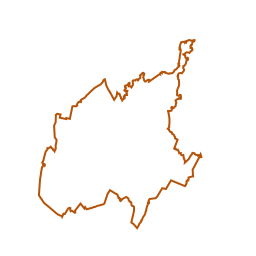 Rušonas pag., Riebinu, Latvia, rotated 281°
{"feature_id": "27541924B29879991166878", "entity_name": "Rušonas pag.", "entity_type": "district", "adm_level": 2, "iso_a3": "LVA", "parent_name": "Latvia", "parent_adm1": "Riebinu", "projection": "robinson", "projection_center": [26.972, 56.22], "detail": "fine", "context": "isolated", "style": "outline", "palette": "amber", "viewbox_px": 256, "rotation_deg": 281, "n_neighbors": 0, "source": "geoboundaries", "source_scale": "gbopen_adm2", "svg_char_len": 5881}
<svg xmlns="http://www.w3.org/2000/svg" viewBox="0 0 256 256"><g transform="rotate(281 128 128)"><path d="M223.5,166.9L222.3,163.8L220.7,163.6L220.1,163.4L217.1,163.2L214.9,163.5L214.7,164.1L215.5,164.4L214.3,165.0L201.3,165.5L201.2,165.2L200.8,165.1L200.5,165.2L200.5,165.9L199.1,165.5L198.4,165.7L198.5,166.1L199.0,166.5L198.9,166.6L198.1,166.3L195.9,164.6L195.1,164.3L193.8,162.7L193.3,162.7L192.0,162.3L190.2,161.0L190.0,160.5L190.0,159.6L189.6,159.0L189.4,158.1L189.0,157.8L189.3,154.4L189.9,154.1L189.9,153.7L189.6,153.5L189.9,153.1L189.6,150.8L188.6,150.8L189.0,150.3L188.7,149.8L188.1,149.7L187.9,149.2L187.3,149.0L186.8,149.2L186.9,148.9L186.8,148.7L178.3,140.5L177.7,139.8L178.3,139.8L178.2,140.0L178.4,140.0L179.4,139.5L179.4,139.2L178.7,137.9L177.2,136.7L176.9,136.1L176.9,135.7L178.2,134.5L179.0,134.3L180.5,133.3L182.3,133.5L182.6,133.1L182.9,133.4L184.4,133.6L185.1,132.6L184.7,131.7L182.9,130.6L181.9,129.7L181.2,130.2L179.4,130.5L178.1,129.2L177.7,129.0L177.3,129.1L176.7,128.7L177.5,128.1L177.4,127.5L177.1,126.7L176.0,126.1L176.0,124.7L175.7,124.3L175.7,124.0L175.3,123.6L172.9,124.2L172.4,124.5L170.9,124.6L170.0,124.0L169.3,124.0L168.5,123.6L169.0,123.1L169.1,122.4L169.5,121.9L168.7,120.0L169.0,120.3L170.3,120.4L171.1,121.0L171.8,121.2L172.6,120.8L172.2,120.1L171.3,119.9L170.0,119.1L169.2,117.7L168.7,117.4L168.7,117.1L167.5,117.3L167.0,118.3L166.5,118.4L166.0,118.1L165.1,118.0L165.2,117.6L164.7,117.3L164.0,117.4L163.6,118.4L164.2,119.3L164.3,120.3L163.8,120.3L162.7,119.9L160.2,120.7L160.1,120.2L160.6,119.9L160.6,119.6L159.5,118.5L157.8,117.9L156.7,118.6L157.2,118.9L156.4,119.0L155.6,117.9L154.0,117.1L155.2,116.5L155.6,115.5L156.8,115.2L157.7,114.3L159.8,113.2L160.0,112.7L159.7,112.0L160.8,110.6L157.2,110.7L153.0,109.0L160.0,103.3L159.9,103.2L162.0,101.3L165.4,98.7L171.4,96.0L170.5,94.9L168.4,94.5L165.7,92.9L160.8,87.4L154.7,83.0L153.8,82.6L152.6,81.4L150.0,80.2L148.1,78.2L147.1,76.8L146.0,76.3L145.6,76.8L145.0,77.0L144.4,76.8L144.5,75.4L144.1,74.5L141.6,73.4L141.0,73.3L140.3,73.8L139.7,73.3L139.3,72.7L139.2,71.0L138.7,69.3L125.9,69.2L126.0,65.6L125.0,65.6L125.1,59.1L128.4,59.2L128.4,55.7L127.3,55.0L127.1,54.7L119.8,55.9L116.2,55.0L104.8,57.9L102.7,60.2L98.5,60.4L97.5,60.2L93.7,61.1L93.4,60.7L91.4,60.4L92.0,60.0L91.7,59.2L91.9,58.9L93.5,57.9L93.5,56.9L94.9,55.7L93.0,53.9L92.8,53.6L92.9,52.8L91.7,52.9L88.7,51.6L79.6,51.1L77.7,50.4L77.4,51.0L76.2,51.5L76.2,51.8L76.7,52.2L76.7,52.5L76.5,53.1L75.8,53.5L75.2,53.4L75.7,52.9L74.7,51.8L74.0,51.5L72.9,51.4L72.8,51.0L60.4,51.5L44.9,53.4L38.3,60.1L35.0,66.2L30.6,73.9L30.2,75.0L29.8,75.5L29.1,78.3L29.1,79.8L28.3,80.3L31.6,81.1L31.5,82.4L37.8,84.7L38.0,85.6L38.6,86.1L38.4,86.7L36.7,86.9L35.4,87.6L36.0,88.5L36.0,89.2L34.7,91.5L35.0,92.4L36.8,91.8L44.7,95.8L40.7,100.5L42.2,101.0L40.3,102.8L43.0,108.4L43.8,109.2L43.9,110.1L45.9,113.1L46.5,114.6L48.3,118.1L49.2,119.2L59.7,120.6L63.5,122.2L61.0,128.8L61.1,129.3L60.3,130.6L59.4,130.8L58.9,131.4L57.3,132.1L57.0,133.0L57.4,133.2L56.9,133.6L56.8,134.3L56.2,134.0L56.1,133.7L55.3,134.0L55.4,134.5L55.1,134.8L57.5,136.3L60.0,139.5L58.9,141.8L57.4,142.4L56.4,143.7L56.1,143.7L56.1,144.7L55.3,145.4L52.7,146.3L52.4,146.9L52.3,148.1L52.0,148.7L51.7,148.9L47.9,149.7L35.9,149.3L34.6,152.1L31.5,156.0L33.5,156.8L36.5,157.5L38.4,158.8L38.7,158.9L39.4,158.6L40.0,158.7L40.3,159.2L43.5,159.8L45.7,160.9L47.6,161.3L49.0,161.2L50.5,161.7L51.0,161.4L53.1,161.6L53.8,161.5L57.0,162.1L58.5,161.8L58.9,162.2L58.0,162.4L57.9,162.6L58.1,162.9L59.3,162.9L60.3,162.1L61.5,162.3L62.5,162.9L64.4,168.6L66.2,169.7L75.4,173.1L75.4,176.9L84.8,180.2L81.8,195.1L82.6,195.6L83.7,195.6L84.7,196.0L86.0,196.0L86.3,195.6L86.8,195.5L87.2,195.9L88.3,196.4L88.4,196.7L88.2,197.2L88.7,197.3L91.0,196.9L92.4,199.7L92.9,201.1L99.4,199.4L112.4,203.4L113.1,203.8L113.5,204.5L113.2,205.1L113.5,205.6L116.0,204.3L115.2,204.1L115.3,203.8L114.6,201.7L114.2,201.7L114.7,201.0L114.6,200.0L115.1,198.4L115.9,198.1L115.9,196.0L114.5,195.8L112.9,194.9L109.0,193.5L104.8,190.4L106.6,190.2L107.6,189.4L108.3,189.2L108.7,188.5L109.6,188.4L112.1,187.4L111.5,186.1L111.6,185.6L113.0,184.3L113.3,184.4L112.9,183.1L114.2,182.6L116.2,181.1L115.9,180.4L116.0,179.6L116.8,178.8L116.2,178.3L116.6,177.3L126.0,178.9L126.2,178.7L126.0,178.2L126.9,176.1L128.1,176.0L128.7,175.1L129.8,174.7L130.5,173.3L131.5,172.2L131.3,172.0L132.3,171.5L132.2,170.4L133.6,168.7L134.5,168.5L134.8,167.2L136.9,168.3L138.2,167.9L140.5,167.8L145.6,166.8L149.6,165.2L150.2,165.2L151.6,164.3L152.4,164.1L152.7,165.9L153.3,167.3L153.6,167.5L155.2,167.4L156.0,166.6L156.9,166.8L157.1,167.3L156.8,167.8L156.1,168.1L156.0,168.5L156.8,169.3L158.9,170.6L160.4,170.4L161.4,170.4L161.7,170.6L162.5,170.5L163.7,169.4L164.2,169.4L165.8,171.1L166.3,172.3L166.6,172.6L167.4,172.6L166.8,173.6L166.7,174.2L167.5,174.3L169.3,173.9L170.4,173.4L170.5,172.7L169.5,171.8L169.3,170.8L169.6,170.0L170.1,169.7L172.0,169.6L173.7,169.0L177.0,169.4L178.3,169.9L181.2,169.8L185.0,168.7L185.5,168.3L185.7,167.8L188.2,167.4L188.1,166.8L188.3,166.7L189.1,167.1L190.1,166.9L191.0,167.3L191.6,168.0L192.0,169.2L192.0,170.4L194.6,171.8L195.8,172.0L196.5,171.6L197.2,170.8L199.4,170.5L199.6,170.8L199.6,171.2L200.5,171.7L201.0,172.2L203.0,172.5L205.7,172.5L205.8,173.2L206.0,173.5L206.3,173.4L206.4,173.7L207.6,173.8L208.2,173.3L208.3,172.9L207.7,172.3L207.3,172.4L207.3,172.0L208.7,170.5L209.6,170.5L210.1,170.2L210.5,169.4L210.6,168.3L210.9,168.2L211.4,169.8L212.6,170.1L213.2,170.6L213.6,172.5L213.7,173.7L213.5,174.1L215.3,174.9L215.6,175.5L216.3,175.8L216.6,176.3L217.7,176.2L217.9,175.8L218.9,175.4L219.0,174.7L218.6,174.1L220.1,173.7L221.2,173.8L221.2,174.0L221.2,174.4L221.8,174.8L224.7,174.9L225.2,175.3L225.2,175.7L225.9,176.5L227.7,176.8L226.9,176.3L225.7,173.1L226.1,171.8L226.1,171.2L225.1,170.0L224.7,169.0L223.4,168.8L223.9,168.3L223.2,167.8L222.5,167.5L222.9,167.2L223.0,166.9L223.5,166.9Z" fill="none" stroke="#b45309" stroke-width="2"/></g></svg>